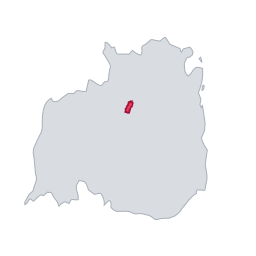 location of Cheung Prey, Kâmpóng Cham, Cambodia, rotated 192°
{"feature_id": "14789045B53354113316917", "entity_name": "Cheung Prey", "entity_type": "district", "adm_level": 2, "iso_a3": "KHM", "parent_name": "Cambodia", "parent_adm1": "Kâmpóng Cham", "projection": "equal_earth", "projection_center": [105.065, 12.092], "detail": "fine", "context": "in_parent", "style": "filled", "palette": "rose", "viewbox_px": 256, "rotation_deg": 192, "n_neighbors": 0, "source": "geoboundaries", "source_scale": "gbopen_adm2", "svg_char_len": 4635}
<svg xmlns="http://www.w3.org/2000/svg" viewBox="0 0 256 256"><g transform="rotate(192 128 128)"><path d="M213.0,31.6L213.5,34.0L212.1,38.7L210.7,42.9L207.9,46.6L207.8,49.3L206.8,57.4L207.2,60.0L207.9,62.2L208.8,63.4L211.2,71.4L213.5,78.6L215.7,84.5L216.1,88.3L214.1,97.8L211.8,106.6L212.0,111.0L213.0,115.3L214.1,121.2L214.6,128.6L214.0,133.5L212.9,136.5L210.9,139.6L209.2,141.2L207.1,138.5L205.4,138.4L203.1,139.2L201.3,140.4L197.7,145.0L193.7,149.4L188.2,150.5L186.0,153.8L183.7,154.3L179.3,154.4L176.5,155.2L176.6,156.8L176.4,164.6L176.5,166.5L176.0,167.0L174.0,167.2L170.7,166.0L166.1,164.1L162.9,163.8L161.2,167.2L160.2,168.5L159.0,168.7L157.7,169.3L157.3,170.8L157.2,172.7L157.8,176.0L158.0,181.1L157.9,184.6L159.1,186.9L166.0,194.3L168.1,196.2L168.3,197.3L167.1,201.4L168.2,207.1L166.0,207.0L162.4,204.6L160.6,203.1L158.5,204.3L157.8,204.0L156.4,201.2L154.5,198.3L152.6,198.2L148.5,199.3L144.4,200.1L142.8,200.1L142.2,200.6L139.8,204.9L138.7,204.1L134.6,202.5L130.8,201.9L130.0,203.0L130.4,206.5L131.3,209.9L130.8,211.3L128.7,213.1L125.9,216.4L124.2,218.9L123.0,219.5L118.8,219.4L114.6,219.7L112.9,222.1L111.4,223.9L110.0,224.4L104.5,218.6L93.6,216.5L92.4,213.9L91.4,213.4L90.4,216.8L84.4,220.0L81.9,218.1L80.1,215.7L80.3,212.8L82.1,210.5L85.1,208.8L86.4,202.8L84.2,195.2L82.2,193.0L80.1,191.3L77.9,194.1L76.0,198.9L74.1,201.4L71.4,202.0L67.4,201.8L65.8,194.6L65.4,188.4L65.9,181.3L66.5,177.1L62.7,171.4L62.5,165.9L60.7,163.1L60.1,164.5L60.1,166.1L59.6,164.9L53.6,148.8L52.6,141.4L53.7,135.6L54.3,133.7L52.6,130.7L50.1,127.3L45.8,122.8L45.5,115.7L44.6,107.3L43.3,104.4L41.3,99.3L40.2,95.0L39.9,83.7L40.5,82.8L43.6,82.5L47.5,81.7L48.1,79.9L47.4,78.3L50.0,75.8L53.6,70.2L56.4,64.3L58.4,60.7L59.7,57.0L63.7,51.8L69.3,48.2L73.1,47.4L77.1,46.2L80.9,44.4L82.7,44.3L87.4,46.4L89.9,46.9L92.6,46.9L95.4,47.1L97.8,46.9L103.6,45.4L109.7,46.6L115.1,45.7L121.9,44.0L125.2,45.0L128.2,46.7L128.7,50.2L129.4,51.7L130.4,52.9L131.7,52.9L133.4,50.5L134.9,48.1L135.3,47.6L135.4,48.8L136.1,51.5L137.4,54.1L138.7,55.9L140.9,58.2L142.3,58.3L146.9,56.1L153.9,59.3L154.7,60.9L156.9,64.2L159.4,66.5L164.8,66.6L166.7,60.9L165.7,57.4L162.7,51.3L161.8,47.8L162.8,47.1L168.0,46.4L168.9,45.7L170.0,41.8L171.4,42.2L174.3,42.8L177.4,40.1L179.2,37.2L180.2,38.5L181.2,40.5L182.4,41.7L184.6,43.4L187.1,45.8L188.6,48.1L189.8,49.0L192.9,48.4L193.7,48.5L195.5,45.6L196.8,44.1L197.8,44.5L199.4,44.5L202.6,40.8L204.5,37.5L205.5,36.6L208.4,38.3L209.5,37.9L211.2,33.4L213.0,31.6ZM63.8,185.1L63.2,185.5L62.7,185.5L62.1,184.8L62.2,182.2L62.6,180.6L63.6,180.3L63.8,185.1ZM72.9,210.6L71.7,212.3L69.7,208.7L69.7,207.7L72.9,210.6Z" fill="#d9dde1" stroke="#a8b0b8" stroke-width="1"/><path d="M130.0,154.8L130.1,154.7L130.3,154.4L130.5,154.3L130.5,154.2L130.6,154.3L130.6,154.2L130.8,154.3L130.8,154.2L131.0,154.0L131.1,153.9L131.1,153.7L131.3,153.8L131.3,154.0L131.5,154.0L131.5,153.9L131.7,154.0L131.8,154.0L132.0,154.0L132.0,153.9L132.0,153.7L132.3,153.6L132.5,153.5L132.5,153.3L132.7,153.5L132.8,153.4L132.9,153.1L132.8,152.9L132.7,152.9L132.8,152.6L132.8,152.4L132.7,152.3L132.8,152.2L132.8,151.7L132.7,151.3L132.7,151.1L132.7,150.8L132.8,150.8L132.8,150.7L133.0,150.7L133.0,150.4L132.9,150.3L133.0,150.3L133.0,150.2L133.2,149.9L133.3,149.8L133.3,149.7L133.4,149.3L133.4,149.0L133.4,148.9L133.6,148.9L133.6,148.0L133.8,148.0L133.8,147.9L133.7,147.3L133.6,147.0L133.6,146.9L133.6,146.7L133.8,146.5L133.9,146.4L134.0,146.5L134.2,146.4L134.3,146.4L134.5,146.0L134.5,145.9L134.4,145.8L134.4,145.6L134.1,145.2L133.9,144.9L133.9,144.7L133.9,144.4L134.0,144.3L134.0,144.2L133.9,143.9L133.9,143.7L134.0,143.5L134.2,143.1L133.9,143.0L133.7,143.0L133.5,143.3L133.4,143.5L133.2,143.6L132.9,143.7L132.7,143.7L132.6,143.4L132.6,143.2L132.6,142.9L132.4,142.9L132.2,142.9L131.9,142.9L131.7,142.8L131.4,142.8L131.3,142.7L131.1,142.7L130.9,142.7L130.8,142.8L130.7,142.8L130.4,142.9L130.2,142.9L130.1,143.0L130.0,143.3L130.1,143.5L130.1,143.8L130.1,143.7L130.0,143.8L129.9,143.8L130.0,143.8L129.9,143.9L129.9,144.0L129.9,144.3L130.0,144.4L129.9,144.4L129.9,144.5L129.9,144.8L130.0,144.9L129.9,145.0L129.9,145.3L130.0,145.4L130.0,145.5L130.1,145.8L129.9,145.9L129.8,146.0L129.9,146.3L130.0,146.4L129.9,146.4L129.9,146.5L129.7,146.7L129.7,147.0L129.7,147.3L129.6,147.8L129.6,148.0L129.6,148.3L129.6,148.5L129.6,148.9L129.5,149.1L129.4,149.4L129.3,149.5L129.1,149.7L128.9,149.6L128.7,149.6L128.6,149.8L128.5,150.0L128.5,150.4L128.6,150.8L128.6,151.0L128.5,152.0L128.5,152.3L128.5,152.5L128.4,152.8L128.4,153.1L128.5,153.3L128.6,153.6L128.6,153.8L128.7,154.0L128.8,154.1L129.2,154.3L129.6,154.4L129.8,154.5L130.0,154.6L130.0,154.8Z" fill="#f43f5e" stroke="#9f1239" stroke-width="1.5"/></g></svg>